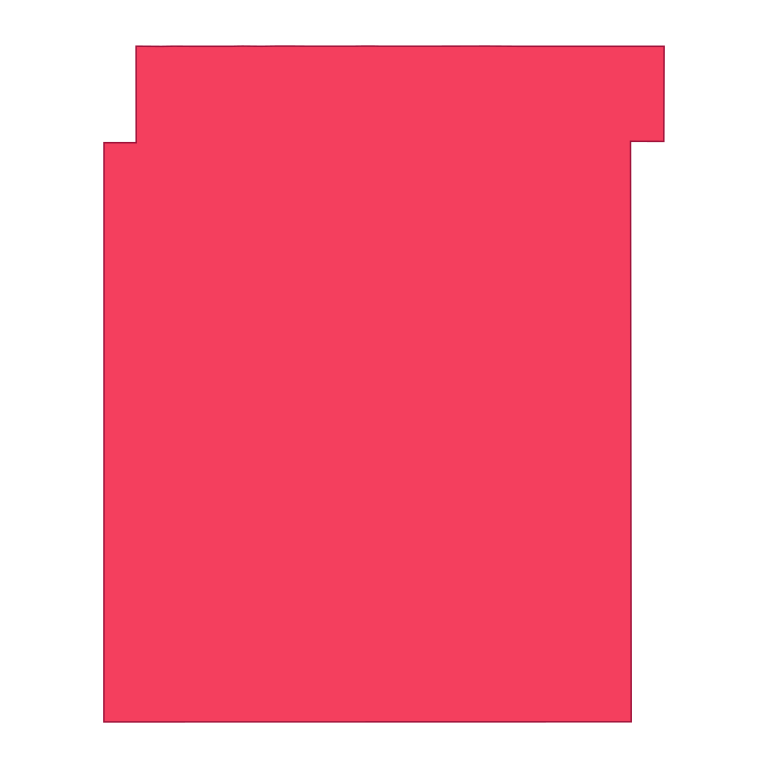 Nowata, Oklahoma, United States of America (Robinson projection)
{"feature_id": "52423323B4751311767489", "entity_name": "Nowata", "entity_type": "district", "adm_level": 2, "iso_a3": "USA", "parent_name": "United States of America", "parent_adm1": "Oklahoma", "projection": "robinson", "projection_center": [-95.646, 36.798], "detail": "fine", "context": "isolated", "style": "filled", "palette": "rose", "viewbox_px": 768, "rotation_deg": 0, "n_neighbors": 0, "source": "geoboundaries", "source_scale": "gbopen_adm2", "svg_char_len": 469}
<svg xmlns="http://www.w3.org/2000/svg" viewBox="0 0 768 768"><path d="M136.1,46.2L136.2,142.7L104.0,142.7L104.0,453.7L103.9,721.9L631.2,721.8L630.5,141.3L663.8,141.4L664.1,46.3L663.9,46.3L519.3,46.3L504.2,46.2L487.5,46.1L432.9,46.2L379.3,46.2L374.0,46.1L362.3,46.1L354.3,46.2L306.6,46.2L293.1,46.1L275.8,46.1L261.6,46.3L242.5,46.1L236.2,46.2L231.8,46.3L198.6,46.3L192.2,46.3L173.5,46.2L161.3,46.4L136.1,46.2Z" fill="#f43f5e" stroke="#9f1239" stroke-width="1.5"/></svg>